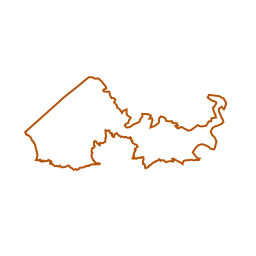 outline of Melandra, Paphos, Cyprus, rotated 214°
{"feature_id": "46923920B99215363510988", "entity_name": "Melandra", "entity_type": "district", "adm_level": 2, "iso_a3": "CYP", "parent_name": "Cyprus", "parent_adm1": "Paphos", "projection": "mercator", "projection_center": [32.531, 34.989], "detail": "fine", "context": "isolated", "style": "outline", "palette": "amber", "viewbox_px": 256, "rotation_deg": 214, "n_neighbors": 0, "source": "geoboundaries", "source_scale": "gbopen_adm2", "svg_char_len": 5347}
<svg xmlns="http://www.w3.org/2000/svg" viewBox="0 0 256 256"><g transform="rotate(214 128 128)"><path d="M62.6,128.6L63.4,130.6L63.3,132.0L61.9,133.7L60.4,134.7L57.8,137.1L55.6,137.9L53.7,139.5L52.3,140.5L51.4,141.0L51.5,142.7L53.6,141.8L55.4,142.3L57.2,142.8L60.6,144.0L60.8,145.3L60.8,149.0L60.1,152.9L59.2,154.1L57.5,156.0L54.7,157.0L50.7,157.5L47.4,157.1L44.8,158.2L44.9,160.0L46.0,163.1L47.1,166.3L50.7,168.6L54.6,169.4L57.3,171.2L58.0,174.9L56.9,177.7L55.1,179.9L52.9,183.3L52.2,186.3L54.1,188.0L55.6,188.5L58.8,190.7L61.7,192.4L63.4,194.7L62.2,198.0L59.0,197.1L59.2,199.1L60.3,203.4L61.7,204.2L65.4,206.0L66.9,205.6L69.9,205.5L72.2,204.4L76.9,202.0L79.4,200.7L78.9,197.8L73.6,197.7L70.0,198.8L68.6,198.0L68.4,194.3L69.0,192.3L65.9,189.6L63.2,188.0L61.0,185.8L64.2,182.8L62.9,180.1L64.8,178.5L64.5,175.6L64.7,173.4L66.8,171.3L69.0,169.7L70.4,169.6L71.7,169.5L73.5,164.7L74.6,161.4L77.2,159.2L78.5,159.5L80.4,159.0L83.5,159.0L84.8,158.3L86.0,155.7L87.9,155.6L89.9,156.3L88.0,157.9L90.1,159.2L91.5,158.5L92.9,157.6L94.5,157.2L95.4,158.2L98.2,156.1L100.2,155.2L102.4,156.9L104.7,156.8L107.3,155.9L107.5,153.1L105.6,150.5L105.6,148.6L106.9,144.8L109.6,141.1L111.6,146.5L111.9,148.0L113.5,149.4L115.5,147.7L115.9,151.1L119.1,150.7L124.1,147.7L122.5,145.6L122.8,142.1L122.0,139.9L123.2,137.2L125.7,133.7L126.3,131.1L128.0,128.7L129.5,127.6L132.0,128.2L132.1,130.1L130.7,132.1L131.5,135.1L131.5,138.1L135.7,138.1L137.2,139.1L139.5,142.6L141.6,139.3L141.4,137.2L145.4,138.9L148.7,138.9L149.7,140.5L154.0,141.5L154.0,143.9L154.7,144.7L157.1,144.7L158.4,143.6L160.2,144.4L162.0,145.8L163.8,147.7L167.1,145.4L168.8,144.8L169.8,146.1L168.7,147.6L168.3,148.9L169.3,149.6L170.6,150.4L173.0,150.8L174.8,151.6L176.3,152.1L177.6,152.1L180.1,152.5L183.3,150.3L185.4,150.3L189.0,148.1L192.6,135.6L198.7,116.2L199.9,110.7L211.2,66.2L210.9,66.7L210.0,66.8L209.8,66.5L208.9,65.8L208.2,65.9L207.9,65.7L207.7,66.0L205.6,66.2L204.4,66.0L203.4,65.7L201.7,64.9L200.7,63.9L199.8,63.9L198.6,63.8L198.0,63.0L197.0,62.9L196.7,62.7L195.1,61.7L194.7,61.0L193.4,60.1L193.1,59.7L191.8,58.4L190.1,57.3L189.4,56.0L188.4,55.5L188.0,55.2L187.1,52.8L186.6,51.7L186.7,51.0L186.4,50.0L186.0,50.4L184.9,50.6L184.4,51.3L183.5,51.9L183.5,52.0L183.0,52.7L182.6,52.5L182.7,51.5L182.4,51.4L182.0,51.5L181.8,52.3L180.2,52.0L180.0,52.5L180.2,53.5L179.8,53.7L178.2,53.8L177.7,54.7L176.1,55.8L176.2,56.9L175.9,57.1L174.6,56.9L173.8,57.5L173.2,57.4L172.3,56.8L172.8,56.2L172.9,55.3L172.6,54.9L169.5,55.8L167.3,55.4L166.0,56.7L164.9,56.8L163.9,57.4L163.8,58.4L163.2,58.8L161.6,58.2L160.9,58.3L159.1,59.9L157.9,61.1L157.2,62.1L157.0,63.1L156.3,63.6L155.5,63.8L154.7,63.3L154.0,63.1L153.0,63.2L152.2,63.3L149.8,63.0L149.5,63.2L148.2,64.8L146.8,64.7L145.8,66.6L145.8,67.7L145.5,68.2L144.8,69.0L144.0,69.3L143.4,70.0L142.6,70.9L142.2,72.0L141.5,72.6L141.1,73.2L141.1,73.5L140.3,73.7L139.2,74.7L139.3,75.5L139.1,75.6L138.3,76.5L137.5,77.8L136.2,78.6L134.7,79.5L133.7,80.8L133.3,81.0L132.4,80.9L132.1,81.7L131.4,82.2L131.3,82.6L131.5,82.7L131.9,82.6L132.1,82.4L132.6,81.7L133.6,81.9L135.1,80.7L135.8,80.9L136.1,80.8L136.4,81.3L137.7,81.6L138.2,82.0L138.8,81.7L139.8,82.6L141.8,83.5L142.4,84.3L142.7,84.9L143.1,85.1L143.4,85.6L143.3,86.4L143.7,87.6L144.4,87.6L145.0,87.9L146.1,90.0L146.0,90.5L146.4,91.4L145.4,92.2L145.4,94.4L146.6,94.6L148.5,97.5L148.1,98.6L147.7,98.4L146.9,98.8L146.4,98.8L145.7,98.6L145.4,98.4L144.8,98.0L144.5,97.9L143.9,98.2L143.3,98.2L142.8,98.1L142.4,97.7L141.8,97.7L141.9,98.4L142.4,98.8L143.0,99.9L142.1,100.2L141.8,100.5L141.2,101.0L140.2,101.5L139.9,102.5L139.1,103.8L141.0,106.9L140.8,107.3L141.2,107.9L141.5,109.1L143.3,110.7L143.9,111.7L145.1,113.0L145.4,113.7L144.6,113.7L144.4,113.4L144.1,113.2L143.4,114.3L142.7,115.3L142.1,115.4L141.3,114.9L140.7,114.2L139.4,113.8L138.9,114.5L138.1,114.6L137.7,113.6L137.1,112.7L136.7,112.7L136.1,112.4L135.4,112.3L134.6,112.7L135.1,113.7L135.7,114.2L135.3,115.0L135.3,115.9L134.7,116.7L134.6,117.3L134.2,117.4L133.9,117.5L133.1,116.9L131.8,116.9L131.1,116.6L130.2,116.6L129.9,116.7L129.0,117.1L128.6,116.8L127.5,117.9L126.9,118.1L125.5,118.3L125.1,119.2L124.7,119.5L123.9,119.5L122.6,119.7L121.3,120.3L121.2,121.4L120.9,121.6L120.2,121.6L119.7,121.4L119.7,120.6L118.7,119.8L118.0,119.8L117.3,120.0L117.0,118.9L116.7,118.6L115.7,118.2L114.8,118.4L113.0,118.3L111.8,118.8L111.5,118.7L110.9,118.6L109.9,118.0L109.5,117.9L110.5,114.7L109.9,113.4L109.3,113.6L109.3,113.2L109.1,113.1L109.1,111.5L108.9,110.4L108.5,110.1L108.7,109.3L108.1,108.5L107.7,108.6L107.4,108.5L107.1,107.2L107.6,106.4L107.6,105.8L107.5,105.5L107.0,105.3L106.8,105.6L106.3,105.7L105.9,106.2L105.5,106.9L104.7,106.7L103.6,107.4L103.6,107.6L103.5,108.1L103.1,108.8L101.0,110.2L100.9,111.1L100.3,111.4L100.0,111.1L99.0,112.3L97.8,111.2L96.7,108.2L95.3,106.5L94.4,107.3L93.3,106.6L92.4,105.6L91.9,105.0L91.1,104.4L90.8,104.7L90.1,105.5L89.1,108.0L89.5,108.4L88.2,110.8L88.1,112.2L87.7,113.7L87.0,114.3L86.5,115.3L86.6,115.7L85.5,117.1L84.9,118.4L84.9,119.4L84.3,119.6L84.0,119.4L82.9,119.5L82.6,119.1L81.3,120.7L80.8,120.9L80.5,121.1L80.1,121.2L79.1,121.1L78.4,120.9L77.4,121.0L76.8,121.5L76.7,121.8L75.8,123.0L74.7,123.8L73.6,124.7L72.5,125.1L71.8,125.4L71.9,126.2L72.4,126.3L73.1,126.6L73.7,126.7L74.1,127.0L73.5,127.9L72.6,128.2L71.4,128.0L69.9,128.2L66.6,128.6L65.9,128.6L64.5,128.7L63.5,128.7L62.6,128.6Z" fill="none" stroke="#b45309" stroke-width="2"/></g></svg>